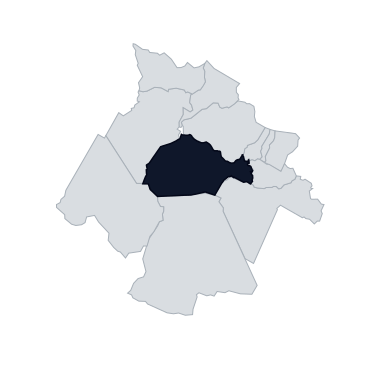 Niger and the surrounding countries, rotated 210°
{"feature_id": "NER", "entity_name": "Niger", "entity_type": "country or territory", "adm_level": 0, "iso_a3": "NER", "parent_name": "Africa", "parent_adm1": "", "projection": "mercator", "projection_center": [6.366, 17.607], "detail": "fine", "context": "with_neighbors", "style": "filled", "palette": "ink", "viewbox_px": 384, "rotation_deg": 210, "n_neighbors": 11, "source": "natural_earth", "source_scale": "50m", "svg_char_len": 8720}
<svg xmlns="http://www.w3.org/2000/svg" viewBox="0 0 384 384"><g transform="rotate(210 192 192)"><path d="M294.8,197.7L295.1,224.1L289.6,223.6L285.0,232.5L286.4,234.0L284.3,236.0L285.0,238.7L282.7,243.8L284.9,243.4L286.3,245.9L286.3,249.7L288.7,251.6L288.6,253.2L284.6,254.3L281.4,256.9L276.8,263.9L270.8,266.8L262.9,267.0L263.6,269.3L257.6,274.0L249.6,276.5L247.0,274.9L245.8,276.5L240.6,277.0L241.6,275.3L238.7,268.2L235.9,267.1L232.2,263.4L233.6,260.4L241.8,260.6L238.3,254.8L238.1,246.2L235.6,242.0L236.3,239.0L232.2,238.8L232.2,234.6L229.6,232.2L232.3,223.6L240.4,217.4L240.7,208.8L243.2,195.2L244.5,192.3L241.9,190.0L241.8,187.8L239.4,186.0L237.9,175.4L244.3,171.7L294.8,197.7Z" fill="#d9dde1" stroke="#a8b0b8" stroke-width="1"/><path d="M71.4,247.1L70.8,240.2L68.4,238.4L66.9,230.6L69.0,229.4L70.1,225.5L76.5,227.2L80.1,225.9L82.5,226.4L83.5,224.9L108.8,224.8L110.3,220.2L109.2,219.4L103.0,160.9L112.7,160.8L155.4,190.8L156.9,193.9L163.8,197.0L163.9,201.2L170.9,200.6L170.9,215.9L167.5,220.3L166.9,224.4L152.7,226.0L150.3,228.3L142.2,228.6L140.6,227.3L137.1,228.3L131.2,231.0L130.0,233.0L125.1,235.9L124.2,237.6L121.6,238.9L118.5,238.1L116.8,239.6L115.9,244.1L110.9,249.5L111.0,251.7L109.3,254.4L109.7,258.1L105.6,259.9L104.6,257.1L101.7,257.7L100.5,259.6L93.1,259.2L91.1,257.3L91.5,255.4L90.7,254.7L89.3,255.3L90.9,251.5L86.1,245.6L84.9,245.5L79.6,248.6L74.0,246.2L71.4,247.1Z" fill="#d9dde1" stroke="#a8b0b8" stroke-width="1"/><path d="M160.9,284.4L155.7,285.2L154.1,280.8L154.4,266.1L153.2,264.8L152.9,261.6L148.8,257.5L149.6,254.1L151.8,253.4L153.1,250.5L156.1,249.9L159.7,246.1L161.9,246.1L166.7,249.8L166.5,252.0L167.9,255.8L166.7,258.4L167.3,260.1L162.3,266.0L161.1,270.1L160.9,284.4Z" fill="#d9dde1" stroke="#a8b0b8" stroke-width="1"/><path d="M160.9,284.4L161.1,270.1L162.3,266.0L167.3,260.1L166.7,258.4L167.9,255.8L166.5,252.0L167.2,244.0L169.0,241.4L169.9,237.7L171.5,236.3L178.3,235.5L184.7,237.9L187.1,240.4L190.3,240.5L193.3,238.9L200.9,242.3L204.2,242.1L207.9,239.3L211.6,239.5L213.4,238.6L221.7,240.9L226.7,237.3L228.2,237.5L232.5,244.6L233.6,244.5L236.1,247.1L235.1,250.4L229.8,255.4L224.6,268.7L221.2,271.4L218.2,279.8L213.9,282.0L210.3,279.4L207.9,279.5L204.2,283.2L202.3,283.2L197.7,293.9L191.1,296.2L188.7,295.8L186.3,297.3L181.2,297.1L177.8,293.1L175.7,288.5L171.3,284.4L160.9,284.4Z" fill="#d9dde1" stroke="#a8b0b8" stroke-width="1"/><path d="M235.6,242.0L238.1,246.2L238.3,254.8L241.8,260.6L233.6,260.4L232.2,263.4L235.9,267.1L238.7,268.2L241.6,275.3L237.4,283.5L235.9,284.6L235.5,294.1L238.5,297.5L241.4,303.0L244.3,305.0L245.2,309.8L244.8,313.2L234.6,310.0L205.0,309.7L205.9,304.7L203.4,300.5L200.5,299.4L199.2,296.6L197.6,295.6L199.3,289.4L202.3,283.2L204.2,283.2L207.9,279.5L210.3,279.4L213.9,282.0L218.2,279.8L221.2,271.4L224.6,268.7L229.8,255.4L235.1,250.4L236.1,247.1L233.6,244.5L233.8,242.4L235.6,242.0Z" fill="#d9dde1" stroke="#a8b0b8" stroke-width="1"/><path d="M149.6,254.1L148.8,257.5L152.9,261.6L153.2,264.8L154.4,266.1L154.1,280.8L155.7,285.2L150.6,286.5L147.5,280.3L147.0,277.1L148.4,271.3L146.8,269.0L146.2,259.3L143.6,256.0L144.0,254.0L149.6,254.1Z" fill="#d9dde1" stroke="#a8b0b8" stroke-width="1"/><path d="M144.0,254.0L143.6,256.0L146.2,259.3L146.8,269.0L148.4,271.3L147.0,277.1L147.5,280.3L150.6,286.5L131.5,294.3L125.8,292.5L126.1,290.0L123.4,284.5L125.0,277.3L127.7,271.9L125.1,258.0L125.3,254.3L144.0,254.0Z" fill="#d9dde1" stroke="#a8b0b8" stroke-width="1"/><path d="M109.7,258.1L109.3,254.4L111.0,251.7L110.9,249.5L115.9,244.1L116.8,239.6L118.5,238.1L121.6,238.9L124.2,237.6L125.1,235.9L130.0,233.0L131.2,231.0L137.1,228.3L140.6,227.3L142.2,228.6L146.3,228.6L145.8,231.7L146.6,234.7L150.2,239.0L150.4,242.1L157.7,243.6L157.5,248.0L156.1,249.9L153.1,250.5L151.8,253.4L149.6,254.1L141.1,253.4L139.1,254.5L125.3,254.3L126.0,262.8L121.7,261.2L118.7,261.4L116.5,263.0L109.7,258.1Z" fill="#d9dde1" stroke="#a8b0b8" stroke-width="1"/><path d="M317.1,291.0L315.0,291.6L306.2,290.8L300.9,293.1L298.4,291.7L291.3,294.9L288.4,294.3L285.7,298.6L276.3,296.7L267.1,292.2L263.7,294.3L261.2,297.5L260.7,301.9L252.3,300.5L248.5,303.9L245.2,309.8L244.3,305.0L241.4,303.0L238.5,297.5L235.5,294.1L235.4,289.6L235.9,284.6L237.4,283.5L240.6,277.0L245.8,276.5L247.0,274.9L249.6,276.5L257.6,274.0L263.6,269.3L262.9,267.0L270.8,266.8L276.8,263.9L281.4,256.9L284.6,254.3L288.6,253.2L289.3,255.9L293.0,259.9L292.4,267.2L302.8,274.4L302.9,276.5L309.8,282.6L311.4,286.4L316.1,288.9L317.1,291.0Z" fill="#d9dde1" stroke="#a8b0b8" stroke-width="1"/><path d="M88.9,143.7L89.0,133.4L99.2,128.0L110.7,124.9L113.1,121.3L120.5,118.4L120.8,112.9L124.5,112.2L127.3,109.5L135.6,108.2L136.8,105.3L135.1,103.7L132.5,91.0L130.2,86.1L136.2,81.9L143.1,80.5L147.1,77.3L153.2,74.9L174.4,72.8L177.6,74.0L183.5,70.9L190.3,70.8L192.9,72.7L197.2,72.2L195.9,76.2L196.9,83.7L195.4,90.1L191.5,94.3L192.1,100.1L201.2,109.4L205.9,129.1L204.8,145.5L205.4,150.0L202.9,153.0L206.6,158.1L206.9,161.1L209.1,165.0L212.1,163.7L217.1,166.9L219.8,171.2L198.1,184.3L179.8,197.6L170.9,200.6L163.9,201.2L163.8,197.0L156.9,193.9L155.4,190.8L88.9,143.7Z" fill="#d9dde1" stroke="#a8b0b8" stroke-width="1"/><path d="M302.1,130.5L302.1,194.9L294.8,194.9L294.8,197.7L244.3,171.7L233.4,178.0L229.8,174.2L219.8,171.2L217.1,166.9L212.1,163.7L209.1,165.0L206.9,161.1L206.6,158.1L202.9,153.0L205.4,150.0L205.2,138.4L206.3,132.5L203.9,122.7L207.0,121.0L206.9,114.8L216.2,107.4L216.6,101.6L224.0,104.2L226.7,103.6L232.0,104.8L240.4,108.2L243.3,114.8L257.9,119.3L264.7,123.0L270.8,117.7L269.3,112.0L271.3,108.4L275.9,104.9L280.2,103.9L288.8,105.4L290.9,108.7L301.6,110.9L303.1,113.4L300.9,116.9L301.8,120.1L300.2,124.6L302.1,130.5Z" fill="#d9dde1" stroke="#a8b0b8" stroke-width="1"/><path d="M230.0,236.6L228.9,236.6L228.2,236.8L227.4,237.4L226.5,237.7L225.4,238.2L224.6,238.7L224.0,239.0L223.1,239.9L222.8,240.5L221.9,240.7L220.6,240.5L219.8,239.9L217.9,239.2L216.7,238.9L216.1,238.8L213.2,238.7L210.2,239.0L208.6,239.3L208.3,239.4L207.5,239.8L206.7,240.3L204.7,242.4L202.1,242.3L200.6,242.1L199.3,241.7L197.4,240.7L195.1,239.2L194.2,239.0L193.4,238.9L193.2,238.9L190.5,240.4L189.9,240.4L189.3,240.6L188.9,240.9L188.6,241.1L188.2,241.2L187.8,241.1L187.4,240.9L187.0,240.4L185.8,238.8L185.6,238.5L185.1,238.0L184.3,237.2L183.8,236.8L183.4,236.8L183.0,236.8L180.8,236.2L178.6,235.5L178.2,235.5L177.8,235.7L177.1,236.2L176.2,236.3L175.0,236.3L174.4,236.2L173.4,236.4L172.7,236.6L171.9,236.9L170.7,237.9L170.4,238.0L170.1,238.2L169.8,240.8L169.5,241.6L168.9,242.6L167.7,243.6L167.0,244.2L167.0,245.0L166.9,246.3L166.9,247.2L166.9,247.8L166.8,248.1L166.7,248.3L166.8,248.7L167.0,248.9L167.1,249.2L167.0,249.3L166.6,249.6L166.2,249.0L165.7,248.6L165.2,248.4L164.8,248.1L164.6,247.7L163.8,246.9L162.1,245.2L161.9,245.2L161.6,245.1L161.2,245.3L160.9,245.6L160.7,245.7L160.3,245.7L159.5,245.9L158.9,246.2L158.8,246.4L159.2,247.6L159.0,248.3L158.7,248.0L157.8,246.7L157.1,245.8L157.0,245.6L156.9,245.3L157.0,245.2L157.8,244.9L158.0,244.6L157.9,244.1L157.6,243.5L157.2,243.1L156.7,243.0L156.3,243.0L155.5,243.5L155.2,243.6L154.5,243.6L153.8,243.5L153.4,243.2L152.2,242.2L150.8,241.1L150.3,241.0L150.1,240.9L150.0,240.0L150.1,239.0L150.1,238.8L150.7,238.9L151.3,239.0L151.5,238.8L151.0,238.5L150.3,238.1L150.1,237.5L149.9,237.4L149.6,237.2L149.2,237.1L148.9,236.9L148.6,236.7L148.2,236.7L147.8,236.6L147.2,235.7L146.6,234.8L146.3,234.1L146.1,233.7L146.3,233.0L146.1,232.7L145.5,232.0L144.9,231.4L145.1,230.4L145.2,229.5L145.2,229.0L145.3,228.7L145.3,228.3L145.7,228.2L146.6,228.2L148.4,228.4L149.9,228.2L150.0,228.2L151.0,227.3L152.1,226.3L153.8,226.2L155.7,226.1L157.1,226.1L159.2,226.0L160.9,225.9L162.9,225.9L162.9,225.4L163.1,225.3L163.3,225.3L164.7,225.5L166.1,225.8L166.2,224.9L167.4,223.9L168.0,223.7L168.4,223.1L168.6,222.6L168.6,222.2L168.9,221.9L169.1,221.3L169.3,220.3L170.0,219.2L170.4,217.7L170.4,216.3L170.5,215.2L170.7,214.9L170.7,213.0L170.7,211.1L170.7,209.4L170.7,207.4L170.7,205.5L170.7,203.6L170.7,201.8L170.6,200.7L172.0,200.4L173.5,200.1L175.5,199.7L177.8,199.2L180.3,198.7L180.8,198.4L182.7,196.7L183.5,195.9L185.2,194.4L186.5,193.2L188.1,191.7L189.9,190.2L191.2,189.0L193.4,187.6L196.7,185.6L200.0,183.5L203.2,181.4L206.5,179.3L209.8,177.2L213.1,175.1L216.4,173.0L219.6,170.9L222.9,171.7L226.1,172.5L229.2,173.2L230.0,173.7L231.6,175.2L233.8,177.1L234.0,177.1L236.0,176.0L238.7,174.5L239.4,178.5L239.9,181.9L239.9,184.0L240.0,184.6L240.2,185.0L240.7,185.3L242.7,188.4L242.2,189.0L242.5,189.9L243.1,190.4L244.7,192.2L244.9,192.6L244.8,192.9L243.7,195.0L243.5,195.5L243.2,198.3L243.1,200.2L242.9,202.9L242.6,206.0L242.4,208.7L242.1,212.2L241.8,215.5L240.2,217.3L237.2,220.6L234.8,223.2L233.6,224.9L231.3,228.3L230.2,230.5L229.4,231.7L229.0,232.1L229.4,233.7L230.0,236.6Z" fill="#0f172a" stroke="#020617" stroke-width="1.5"/></g></svg>